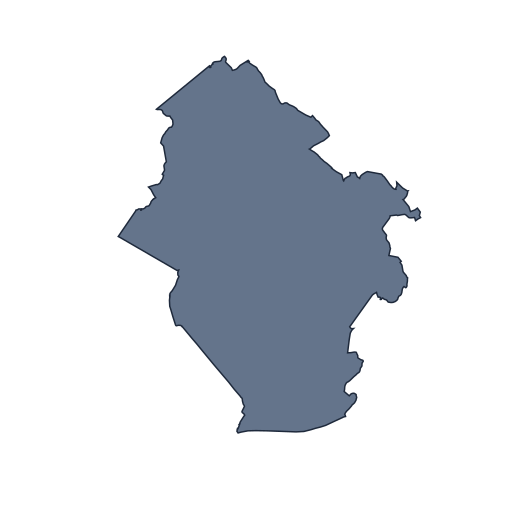 Manatí, Atlántico, Colombia, rotated 306°
{"feature_id": "7082276B98170860675351", "entity_name": "Manatí", "entity_type": "district", "adm_level": 2, "iso_a3": "COL", "parent_name": "Colombia", "parent_adm1": "Atlántico", "projection": "mercator", "projection_center": [-74.975, 10.456], "detail": "fine", "context": "isolated", "style": "filled", "palette": "slate", "viewbox_px": 512, "rotation_deg": 306, "n_neighbors": 0, "source": "geoboundaries", "source_scale": "gbopen_adm2", "svg_char_len": 6102}
<svg xmlns="http://www.w3.org/2000/svg" viewBox="0 0 512 512"><g transform="rotate(306 256 256)"><path d="M397.6,340.1L397.2,334.6L398.4,326.4L396.0,328.5L395.2,328.9L394.3,329.0L392.6,329.4L392.2,330.0L391.8,329.4L391.5,328.6L391.4,327.5L391.7,325.2L392.1,324.2L392.4,322.3L393.8,318.4L395.3,313.6L395.5,312.6L395.4,311.4L395.8,310.9L395.9,309.2L389.8,296.5L388.1,295.5L384.3,294.0L381.9,293.6L380.8,293.9L379.7,294.3L379.8,293.0L379.5,291.6L381.9,287.3L379.9,285.2L378.7,283.0L377.5,284.3L376.8,284.7L376.3,284.8L375.3,284.5L373.6,283.4L372.1,283.0L371.7,282.6L371.1,282.4L369.6,282.5L368.3,282.8L368.4,282.3L372.2,277.6L371.4,271.4L371.4,265.8L371.8,265.9L372.1,264.6L372.6,258.8L372.5,255.6L372.9,252.9L373.0,250.5L373.4,249.7L373.6,248.0L373.9,247.1L374.1,246.3L374.3,241.5L374.1,240.3L373.9,236.4L374.4,236.7L379.0,237.8L382.7,239.7L385.0,240.8L386.1,241.2L389.1,242.9L393.8,244.2L396.5,244.6L397.7,242.6L398.5,240.9L399.8,233.6L400.1,232.8L400.1,232.4L400.6,230.3L401.4,228.1L401.5,227.4L401.3,224.5L402.0,222.5L402.8,219.2L400.5,218.8L399.3,213.3L398.4,204.2L398.5,203.7L399.1,202.1L399.1,201.2L399.0,198.7L398.6,196.7L398.1,194.8L397.9,193.7L398.0,191.2L397.5,190.2L396.7,189.3L396.1,189.0L395.0,188.5L394.7,188.2L394.1,187.1L394.1,186.6L394.3,185.4L396.0,181.7L399.1,176.7L400.0,175.3L401.0,174.2L401.3,173.3L401.3,172.6L401.2,170.7L401.2,166.8L401.8,163.1L402.0,161.0L403.7,158.4L404.7,156.6L405.1,155.5L406.0,154.1L406.8,151.6L407.2,149.3L407.9,147.5L408.6,146.2L408.8,145.0L408.4,141.1L408.3,137.4L408.7,136.1L408.5,135.8L408.9,136.0L409.0,135.6L409.5,135.9L409.7,134.7L400.9,131.1L396.8,130.6L395.7,130.3L393.8,129.1L392.3,127.8L393.5,125.9L393.8,125.2L394.9,117.6L395.4,117.1L397.0,116.6L398.0,116.0L398.6,114.9L399.0,113.2L398.5,112.9L396.6,112.3L395.9,112.3L393.8,112.9L393.1,112.7L392.2,112.2L389.1,108.7L388.0,107.9L386.7,107.6L386.6,107.8L386.1,107.7L385.9,108.3L384.8,107.9L382.4,107.7L382.3,108.4L381.8,108.3L381.8,108.0L381.4,107.9L381.4,107.6L381.7,107.6L381.8,107.0L382.5,107.2L382.6,106.6L316.2,89.2L316.4,90.0L318.1,92.2L318.6,93.5L318.6,94.1L318.5,94.8L318.2,95.3L317.1,96.8L316.9,97.3L316.7,100.4L316.7,101.1L317.0,101.9L318.2,103.6L318.6,104.1L317.9,105.5L317.0,108.6L314.2,111.1L313.5,111.5L311.5,111.9L310.5,111.9L309.7,110.9L309.0,110.5L308.2,110.2L305.9,110.3L303.4,110.0L301.1,110.3L300.5,110.1L299.1,110.1L296.6,110.5L291.5,112.4L290.6,116.6L279.5,128.1L278.2,127.9L276.9,127.9L275.9,128.1L274.8,128.5L272.2,131.1L271.3,131.7L267.0,132.1L266.9,133.3L267.0,133.8L263.4,135.2L261.3,135.1L258.5,135.5L255.9,134.5L255.7,134.0L255.0,133.2L251.2,130.3L248.6,128.5L248.0,132.0L245.4,137.2L244.2,140.6L242.2,139.6L241.7,139.8L241.0,139.2L240.3,139.4L239.5,139.2L238.2,139.2L236.5,139.8L235.9,139.7L234.8,139.9L233.5,139.8L233.1,139.5L231.9,138.4L231.2,138.0L229.5,137.9L228.1,137.3L227.5,136.7L227.1,136.1L227.1,135.9L226.7,135.5L225.8,136.3L225.4,135.9L226.4,135.2L225.1,133.4L223.5,132.8L223.2,132.4L222.5,131.9L222.2,132.1L221.3,132.2L190.8,133.1L191.0,134.3L197.9,200.7L199.2,201.7L196.7,202.4L194.8,203.9L194.5,204.4L194.3,205.5L193.8,205.8L190.6,206.3L185.1,208.1L180.3,208.5L178.6,208.6L176.1,208.4L175.0,208.5L173.0,209.9L173.0,209.6L171.6,210.7L169.3,212.0L164.6,215.8L162.8,218.3L158.0,224.5L153.1,231.2L152.8,231.7L152.7,232.1L152.7,232.5L154.4,234.0L155.6,235.9L155.6,236.7L155.4,237.6L155.6,237.6L151.8,252.4L150.0,260.0L148.4,266.0L143.2,286.2L137.9,308.0L135.4,316.7L133.4,325.3L132.8,327.1L132.8,327.9L132.6,328.4L132.4,328.8L130.8,330.2L128.8,332.6L128.4,333.4L128.2,334.2L127.6,335.0L126.7,335.2L122.6,335.9L121.7,336.2L121.3,336.9L121.2,338.9L120.6,340.4L118.6,340.4L112.5,340.8L110.5,341.4L110.2,341.4L110.4,341.6L107.1,342.6L105.7,342.9L105.6,342.4L104.0,343.0L103.5,343.5L103.0,343.6L102.3,345.5L104.8,347.5L109.8,352.2L114.7,358.6L121.2,367.9L137.2,391.7L142.2,397.9L147.7,402.5L151.6,405.4L155.4,408.6L159.9,411.9L177.3,421.5L178.8,422.8L179.8,421.5L180.1,420.8L181.6,420.5L183.6,420.5L187.0,421.1L190.9,421.4L192.1,421.3L193.5,421.7L195.2,422.0L197.7,421.7L198.3,421.6L199.7,420.9L200.5,420.8L201.1,420.2L202.3,418.7L202.8,418.4L202.7,416.4L202.5,415.9L202.1,415.3L201.6,414.8L200.5,414.0L197.7,413.6L198.2,407.0L200.1,406.1L202.3,404.7L203.7,404.1L206.1,403.7L207.4,403.9L208.4,404.5L210.2,405.1L216.0,406.1L218.7,406.8L220.4,407.0L222.0,407.6L223.0,407.8L224.4,407.5L225.7,406.8L226.7,406.4L229.0,406.4L230.0,405.9L230.9,405.2L232.0,404.7L233.5,404.7L233.9,404.6L234.3,404.1L234.4,403.6L233.7,401.7L233.5,398.9L233.5,398.4L233.8,397.9L234.8,397.2L235.3,396.8L236.1,395.2L236.7,394.3L237.0,393.5L236.0,391.9L233.5,389.5L231.5,387.0L243.1,380.6L248.4,377.9L249.5,377.5L251.6,377.2L252.9,377.2L254.6,377.5L253.8,376.6L253.4,375.9L253.3,375.5L253.4,374.3L253.9,373.3L255.2,373.4L292.3,373.1L292.9,373.1L294.6,373.6L297.4,374.9L296.0,376.6L294.5,379.0L295.1,379.7L295.6,380.9L295.6,381.1L295.3,381.4L294.0,381.9L293.9,382.1L294.1,382.5L294.6,382.9L296.1,382.9L296.5,383.2L296.4,385.2L297.0,386.9L297.1,387.6L296.9,388.5L296.5,389.4L296.5,390.2L297.7,392.6L299.0,394.1L301.0,395.4L302.9,396.0L304.5,396.0L305.6,395.5L307.2,395.2L307.8,395.3L308.9,395.9L310.2,396.0L312.0,395.5L315.3,393.8L317.0,393.5L318.3,393.7L318.3,395.2L318.4,395.8L318.6,395.9L319.3,396.0L320.3,395.8L320.7,395.6L321.8,394.7L324.8,393.2L326.3,392.1L327.5,391.5L327.7,390.1L328.5,389.0L329.5,384.8L330.0,383.9L334.4,379.4L335.5,376.3L337.1,376.6L338.4,371.6L334.5,363.2L341.2,360.3L341.9,359.1L343.2,358.0L344.8,355.9L345.6,352.7L346.0,351.8L346.7,351.1L347.5,350.4L349.2,349.6L349.6,349.2L350.1,347.7L350.5,346.1L350.9,345.1L351.3,343.5L351.8,342.7L352.3,342.2L353.5,341.7L364.5,341.8L366.1,341.5L367.4,340.9L370.5,344.3L371.6,345.4L371.8,345.8L371.9,346.6L372.0,346.8L375.4,350.0L377.0,351.7L377.3,352.6L377.3,353.3L376.9,356.9L377.1,357.6L377.9,358.9L380.3,361.6L379.4,363.0L378.5,364.0L378.3,364.4L381.2,365.3L383.8,366.6L384.7,364.4L388.1,363.1L389.6,358.4L386.7,357.5L382.7,354.9L385.8,350.6L388.1,341.8L388.5,342.2L388.9,342.3L392.4,342.5L393.6,342.4L396.1,341.5L397.5,340.7L398.0,340.7L397.6,340.3L397.6,340.1Z" fill="#64748b" stroke="#1e293b" stroke-width="1.5"/></g></svg>